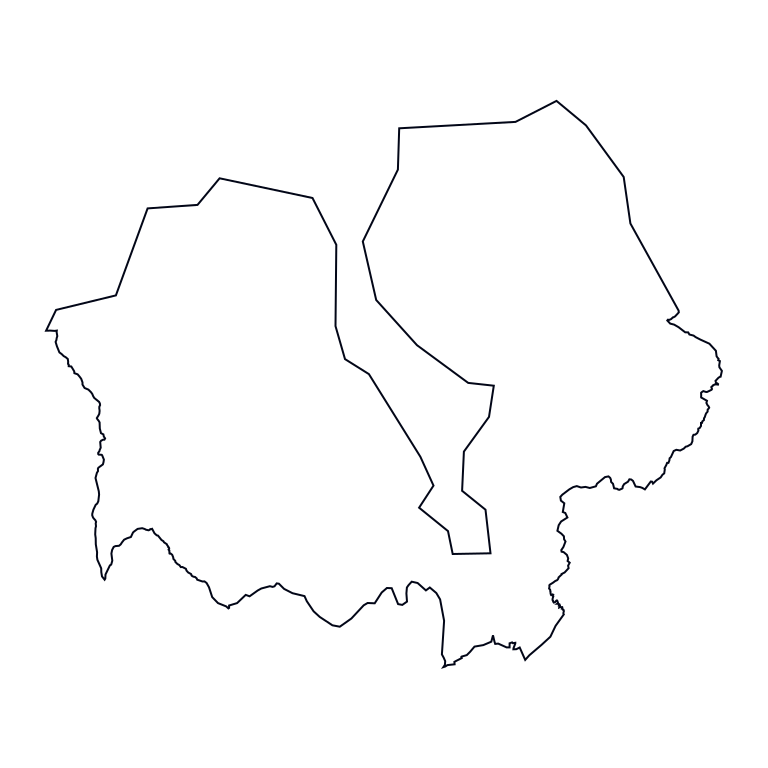 Ala-Buka, Jalal-Abad, Kyrgyzstan
{"feature_id": "92254566B39559079408831", "entity_name": "Ala-Buka", "entity_type": "district", "adm_level": 2, "iso_a3": "KGZ", "parent_name": "Kyrgyzstan", "parent_adm1": "Jalal-Abad", "projection": "mercator", "projection_center": [71.199, 41.407], "detail": "fine", "context": "isolated", "style": "outline", "palette": "ink", "viewbox_px": 768, "rotation_deg": 0, "n_neighbors": 0, "source": "geoboundaries", "source_scale": "gbopen_adm2", "svg_char_len": 6035}
<svg xmlns="http://www.w3.org/2000/svg" viewBox="0 0 768 768"><path d="M46.1,330.7L50.4,330.6L54.7,330.9L56.8,330.6L56.6,332.0L57.3,336.1L56.7,338.0L56.4,340.0L55.6,341.9L56.9,346.2L59.4,352.4L61.7,354.1L63.7,356.1L65.7,357.2L67.8,359.0L68.2,362.0L68.0,363.3L68.2,364.2L68.7,364.5L68.7,366.2L71.3,366.5L74.2,371.3L74.4,373.2L77.6,374.3L79.4,376.4L81.2,378.8L82.5,382.4L82.5,384.6L84.6,388.0L88.4,389.6L91.0,392.2L92.3,394.0L93.2,396.2L94.3,398.0L99.1,401.9L99.9,403.5L100.1,405.1L99.3,406.8L99.3,408.8L99.5,409.6L99.6,411.0L99.3,413.7L98.5,415.4L96.8,418.1L97.3,419.1L98.6,420.7L99.6,422.4L99.8,428.5L101.0,433.2L103.4,434.4L103.8,436.5L105.1,438.4L104.4,439.7L103.1,439.7L101.1,440.7L100.2,442.0L100.7,447.7L99.6,450.2L99.5,451.0L98.2,452.8L98.2,454.0L98.7,454.6L101.6,454.8L102.1,455.2L103.9,459.6L103.5,462.2L102.9,464.4L98.4,467.7L97.9,468.8L98.0,471.1L96.9,472.8L95.5,478.0L98.8,491.3L99.1,494.6L98.3,501.3L97.2,503.6L95.7,504.8L93.4,509.7L92.3,513.6L92.2,515.2L92.9,517.2L93.5,518.2L95.4,520.3L96.1,521.9L95.7,523.3L96.0,526.3L95.5,528.1L95.2,534.4L95.7,538.1L95.8,544.3L97.1,552.3L96.9,556.5L97.4,559.8L101.2,568.3L101.3,572.2L102.0,576.4L104.6,579.7L105.3,578.6L105.5,574.5L109.9,565.4L111.2,564.6L112.3,560.7L111.4,553.6L112.1,550.0L113.7,546.9L115.4,546.1L119.0,545.8L120.7,544.4L121.9,542.5L124.1,539.7L127.0,538.3L130.9,537.0L133.0,532.5L134.1,531.5L137.6,528.9L142.2,528.2L144.7,529.0L145.9,529.7L148.6,530.3L149.5,529.9L150.3,529.1L150.8,529.3L152.1,528.8L154.5,533.3L156.7,535.3L158.0,535.6L161.5,540.0L163.4,541.2L164.0,542.3L166.8,544.2L167.2,545.2L168.3,546.7L168.3,547.3L168.8,547.5L169.1,548.0L169.2,548.8L168.6,549.7L169.4,550.7L169.3,551.8L169.6,552.4L169.4,553.1L169.6,553.6L170.9,553.7L172.2,554.8L173.2,557.3L173.4,558.9L175.2,560.8L175.4,562.0L177.4,564.0L179.4,565.1L180.8,567.1L182.4,567.0L185.9,568.8L186.5,570.6L188.2,572.5L191.0,574.0L191.4,574.7L191.5,575.4L192.2,576.1L193.5,576.7L195.1,577.0L196.7,578.4L197.2,579.7L202.5,581.5L204.5,581.4L206.6,583.0L209.0,587.3L212.2,597.1L218.0,603.1L226.2,606.4L228.4,608.4L229.1,607.9L229.1,605.5L237.1,603.1L245.7,594.9L249.6,596.3L257.7,590.5L261.3,588.5L269.9,586.2L272.6,586.9L274.5,586.3L276.7,583.4L278.9,583.7L284.1,588.9L292.5,593.2L304.5,596.1L306.8,601.2L313.6,611.3L319.7,616.9L332.4,625.3L339.8,626.7L351.4,618.5L363.7,605.3L367.6,603.0L374.7,603.3L381.7,592.5L386.9,588.0L391.7,588.2L398.1,604.1L402.3,604.9L407.0,601.6L406.4,593.4L406.9,587.5L408.5,585.2L411.7,581.7L417.6,583.0L425.9,590.4L429.8,587.5L436.3,593.0L440.1,599.4L444.1,620.8L441.9,654.4L443.7,657.7L445.2,661.2L444.9,664.9L443.4,667.1L445.3,666.5L447.4,665.1L454.6,664.3L454.4,661.8L461.7,658.1L461.3,657.0L461.6,656.6L466.8,655.1L470.2,651.7L474.5,646.6L483.3,645.1L491.3,641.7L493.0,635.3L494.5,641.7L495.2,643.9L498.2,643.6L506.6,647.4L509.6,647.4L509.6,643.3L512.1,642.4L512.9,643.2L515.3,642.8L515.3,643.5L513.5,648.2L513.4,649.3L516.3,649.2L519.7,647.5L525.2,659.9L529.4,655.2L541.6,644.8L550.4,636.7L555.6,625.8L563.8,614.4L563.4,613.7L563.5,612.3L563.8,611.6L563.8,610.7L563.6,610.0L562.8,609.7L562.5,608.4L561.9,608.5L562.0,607.9L562.3,607.6L562.2,607.1L560.1,607.1L559.2,607.5L559.3,606.8L559.9,606.5L560.0,605.3L559.6,604.8L559.0,605.0L559.2,604.2L558.5,603.9L557.2,603.8L557.8,603.4L558.0,602.8L557.3,600.8L556.9,600.4L556.3,600.7L555.1,602.1L553.9,602.6L553.1,601.6L553.1,600.7L552.5,600.0L552.6,598.7L553.3,596.3L552.6,595.8L552.6,595.2L553.1,594.7L552.7,594.4L551.1,595.0L550.9,594.7L550.5,593.0L550.5,591.4L550.2,591.0L550.3,590.6L550.1,589.6L549.1,588.6L549.5,586.3L549.3,585.8L549.6,584.8L553.0,582.7L555.4,580.9L556.7,580.4L557.4,579.9L558.2,578.8L558.6,577.4L561.7,574.5L561.6,574.0L564.6,572.5L568.6,568.2L568.1,565.7L569.7,562.7L567.6,561.0L568.2,558.4L566.9,554.9L563.6,552.1L561.6,551.7L561.3,550.1L563.4,547.0L565.5,541.5L564.1,539.3L563.9,536.3L561.4,533.7L557.4,530.8L558.7,525.2L561.1,521.5L567.4,517.5L565.3,513.0L562.8,512.0L564.3,503.3L560.9,500.6L560.3,496.9L562.3,494.7L569.4,489.3L573.2,487.1L576.8,486.1L581.0,487.5L585.5,486.9L589.8,488.0L595.9,486.3L597.0,483.7L605.0,477.1L608.5,476.4L610.2,477.9L610.9,479.6L611.1,481.9L613.0,483.8L614.1,488.3L617.4,488.9L618.2,489.6L619.4,489.8L622.3,488.5L622.6,488.1L622.7,486.5L624.1,484.1L628.0,481.7L629.4,479.3L631.2,479.5L633.0,480.9L635.6,486.5L640.1,487.1L642.3,487.9L644.9,489.4L650.8,481.5L652.1,481.7L653.0,483.6L656.4,480.3L660.7,477.4L662.5,474.7L664.2,473.4L664.8,469.4L664.5,468.3L666.2,465.2L667.1,462.9L668.4,462.9L669.4,460.4L669.6,458.3L670.9,457.1L673.7,451.0L676.3,449.8L680.2,450.5L683.8,448.6L685.7,446.7L687.4,446.3L691.2,444.1L692.4,441.3L692.6,436.7L693.5,434.8L695.3,434.6L697.2,433.1L698.4,430.6L698.2,429.6L698.3,428.6L699.6,428.1L701.0,426.0L701.0,422.9L702.1,422.8L702.3,421.4L703.9,420.1L704.0,418.3L704.7,417.3L705.7,414.3L706.3,413.1L707.4,411.9L707.7,411.1L707.6,410.5L707.7,409.5L708.4,408.9L709.2,407.7L708.6,406.4L707.4,405.0L706.4,402.9L707.0,400.8L701.2,397.5L701.1,396.9L701.2,395.8L701.1,392.8L701.7,392.2L703.3,391.1L705.8,391.9L706.9,392.0L708.7,391.2L711.5,389.8L712.0,389.0L711.3,387.1L711.8,386.5L712.6,386.1L712.9,385.4L714.0,384.8L714.9,384.6L715.4,384.0L715.8,383.9L716.2,384.4L718.0,384.6L718.1,384.1L717.6,383.6L716.0,382.7L715.5,380.9L718.4,377.8L719.9,376.8L720.6,376.7L721.9,370.9L719.4,367.3L719.2,365.3L719.9,361.1L718.2,360.2L718.6,358.9L717.5,357.6L716.6,356.3L715.9,350.8L709.4,343.7L700.4,339.6L695.6,337.1L693.6,335.6L689.4,334.5L688.2,332.4L685.2,332.3L678.6,327.2L674.1,324.6L670.2,323.6L667.3,320.5L667.9,319.7L669.2,319.9L671.1,319.1L673.0,317.3L673.5,317.3L675.1,316.4L678.8,312.4L678.6,310.6L630.4,223.5L623.7,177.0L586.0,125.4L556.5,100.9L515.5,121.9L399.2,128.3L397.9,169.6L362.8,241.5L376.2,300.0L417.0,345.2L468.2,382.9L493.8,385.7L489.0,416.9L463.9,451.6L462.1,490.8L485.5,509.7L490.5,553.3L452.7,554.0L448.0,531.1L419.1,507.7L433.5,485.6L420.4,456.8L368.9,374.1L345.0,359.1L335.5,326.1L336.3,244.8L312.5,198.0L219.6,178.3L197.5,204.9L147.6,208.4L115.9,295.4L56.1,309.9L46.1,330.7Z" fill="none" stroke="#020617" stroke-width="2"/></svg>